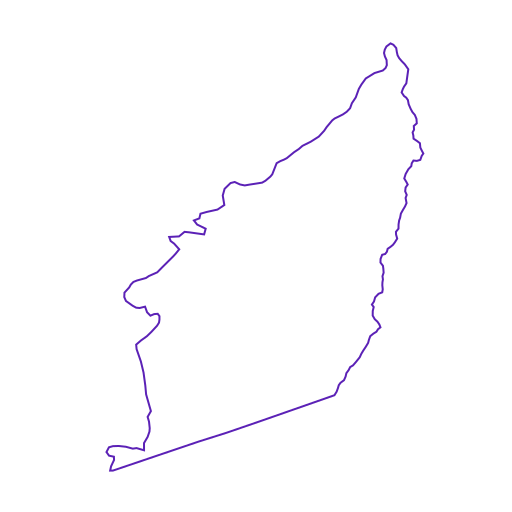 outline of São João do Tigre, Paraíba, Brazil, rotated 167°
{"feature_id": "56859067B66408797844540", "entity_name": "São João do Tigre", "entity_type": "district", "adm_level": 2, "iso_a3": "BRA", "parent_name": "Brazil", "parent_adm1": "Paraíba", "projection": "mercator", "projection_center": [-36.816, -8.117], "detail": "fine", "context": "isolated", "style": "outline", "palette": "violet", "viewbox_px": 512, "rotation_deg": 167, "n_neighbors": 0, "source": "geoboundaries", "source_scale": "gbopen_adm2", "svg_char_len": 2841}
<svg xmlns="http://www.w3.org/2000/svg" viewBox="0 0 512 512"><g transform="rotate(167 256 256)"><path d="M150.8,158.5L151.2,161.5L152.4,164.6L154.5,167.7L155.7,171.7L154.6,176.2L152.8,179.8L154.0,182.6L151.3,185.1L149.2,188.9L145.1,191.6L141.2,192.2L140.0,195.0L139.5,199.1L138.7,202.0L137.6,204.6L137.3,207.9L135.4,211.0L134.8,214.9L134.5,217.9L136.2,221.6L135.3,225.1L132.8,228.8L129.7,228.9L127.5,230.7L126.1,233.4L123.0,234.6L120.0,236.1L117.6,238.1L114.5,241.2L114.7,245.4L114.2,248.1L111.0,250.6L110.0,254.7L108.5,258.5L107.0,260.8L105.3,264.7L102.5,267.8L99.7,270.7L97.4,273.7L97.2,278.9L95.4,281.6L96.1,285.5L94.8,289.1L92.1,291.5L92.8,294.2L94.1,298.2L91.7,302.3L88.0,306.3L84.5,308.6L83.4,311.3L81.1,313.6L77.9,312.5L74.3,312.7L72.0,316.3L69.9,318.2L70.7,321.2L71.5,324.7L70.9,329.0L73.1,331.7L76.1,334.9L75.6,338.0L75.6,341.2L73.6,343.5L73.0,347.2L69.5,349.1L68.8,353.5L69.5,357.7L71.2,361.0L72.2,364.6L73.1,369.5L72.9,373.7L74.0,376.5L75.8,378.6L77.3,382.6L75.4,385.6L73.6,387.8L70.7,390.4L65.6,403.7L67.9,409.3L70.2,413.1L72.0,416.6L72.9,419.7L72.9,423.0L72.6,427.1L74.6,430.9L77.1,432.9L81.8,430.8L84.1,428.1L85.6,425.0L85.5,421.4L84.7,417.6L85.6,412.5L87.5,410.0L90.7,408.2L99.4,407.6L109.1,404.3L114.7,399.4L118.2,395.7L123.1,388.1L128.2,383.3L131.1,378.8L135.2,376.1L139.5,374.4L144.4,373.2L148.4,372.3L151.2,371.0L158.2,365.7L161.4,362.7L168.0,358.2L177.1,355.0L185.9,352.9L190.2,350.6L195.5,348.6L204.0,344.4L207.1,343.6L210.9,343.0L215.0,341.8L221.8,331.9L224.2,330.1L229.9,327.2L233.5,326.1L236.3,326.3L239.2,326.5L245.9,327.0L251.1,327.3L255.5,329.3L260.1,332.9L264.4,332.8L271.5,328.5L274.8,322.4L275.4,312.8L283.1,309.9L294.1,310.0L300.6,309.7L302.7,305.4L308.5,304.6L306.3,299.9L298.9,293.9L301.7,288.7L315.8,294.1L320.2,295.6L326.6,292.4L336.3,294.1L335.8,289.8L333.0,286.5L329.3,279.8L333.8,276.3L336.7,274.3L350.4,265.8L355.9,262.3L364.8,260.6L368.2,259.3L377.5,258.9L381.3,258.3L384.4,256.3L386.6,253.9L392.4,249.9L393.6,245.6L392.8,241.4L387.4,235.3L384.4,232.6L381.1,231.5L375.5,231.6L374.8,225.7L372.3,221.6L368.3,222.3L364.8,221.8L363.6,219.1L364.4,215.7L365.5,212.9L368.1,210.3L375.0,205.6L380.3,202.4L387.0,199.6L392.7,196.6L393.3,192.1L392.8,187.5L391.9,179.1L391.8,167.8L393.0,154.7L394.2,145.9L393.3,128.5L397.8,123.6L397.5,118.7L398.3,112.1L399.3,108.9L402.3,104.1L407.2,98.9L408.8,91.9L415.6,95.7L419.4,96.0L425.7,99.4L432.6,101.8L438.2,102.9L442.3,102.7L445.8,98.6L444.1,94.5L439.6,92.4L440.2,89.2L444.5,83.7L446.4,79.7L443.7,79.1L353.4,88.1L324.5,90.4L287.2,94.3L210.9,102.7L208.0,105.6L205.9,108.8L204.4,111.5L202.1,113.5L198.2,115.2L195.8,118.4L194.3,121.5L191.4,124.0L189.2,126.6L186.1,127.6L182.4,130.3L177.7,134.0L175.3,137.1L172.7,139.8L169.7,142.6L166.3,146.1L164.9,148.8L162.7,152.2L159.0,154.0L155.7,155.1L153.6,157.2L150.8,158.5Z" fill="none" stroke="#5b21b6" stroke-width="2"/></g></svg>